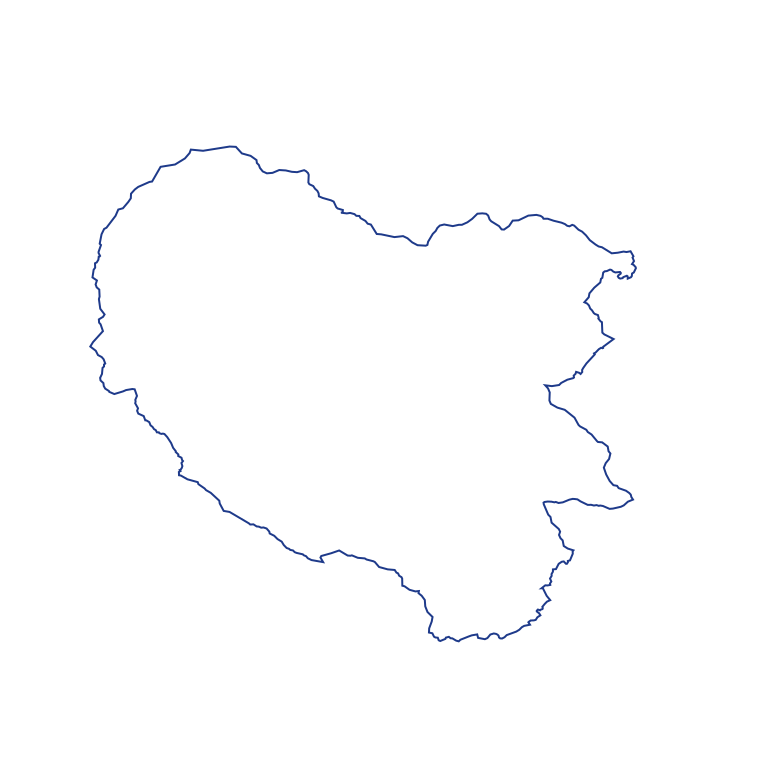 Sao Lourenco Dos Orgaos, São Salvador do Mundo, Cabo Verde, rotated 75°
{"feature_id": "66160863B72941798312267", "entity_name": "Sao Lourenco Dos Orgaos", "entity_type": "district", "adm_level": 2, "iso_a3": "CPV", "parent_name": "Cabo Verde", "parent_adm1": "São Salvador do Mundo", "projection": "equal_earth", "projection_center": [-23.584, 15.067], "detail": "fine", "context": "isolated", "style": "outline", "palette": "blue", "viewbox_px": 768, "rotation_deg": 75, "n_neighbors": 0, "source": "geoboundaries", "source_scale": "gbopen_adm2", "svg_char_len": 6165}
<svg xmlns="http://www.w3.org/2000/svg" viewBox="0 0 768 768"><g transform="rotate(75 384 384)"><path d="M345.3,121.3L344.8,117.8L343.9,116.7L341.5,115.8L340.9,113.8L337.3,110.7L336.2,110.7L333.5,112.1L332.4,113.4L330.0,110.7L326.2,111.2L325.2,110.0L319.6,111.5L319.3,115.6L318.1,118.3L317.7,124.2L316.7,130.2L308.3,138.1L306.7,141.1L304.0,143.6L298.3,148.0L292.7,150.4L288.1,153.2L285.3,156.2L280.2,159.3L279.0,161.0L279.7,164.0L278.6,166.1L276.4,167.8L274.1,170.8L270.2,177.9L266.8,183.0L265.6,187.2L264.0,187.6L262.1,189.3L260.1,193.0L258.7,201.0L260.7,211.7L259.5,217.4L263.8,222.3L265.9,228.1L265.1,230.4L261.3,232.0L254.6,238.3L252.4,239.4L248.2,239.8L246.0,241.3L244.6,244.9L243.7,249.7L247.3,256.1L249.4,261.6L250.4,267.6L249.6,270.4L249.3,276.7L245.5,284.6L245.4,289.1L247.1,292.1L249.6,294.5L251.6,298.0L258.0,304.6L260.9,306.1L261.2,307.9L258.6,315.7L254.5,320.1L249.3,323.6L246.1,327.3L244.8,335.9L238.7,348.0L237.2,352.2L226.6,355.4L224.9,358.3L221.7,359.7L217.7,363.7L215.3,364.3L214.4,367.2L212.3,368.5L210.0,372.4L209.6,375.8L207.4,381.2L207.3,379.4L205.3,378.7L202.5,383.3L201.0,384.3L194.8,385.4L192.9,387.6L188.4,395.1L185.9,398.3L182.9,397.8L180.2,398.4L177.5,400.1L174.5,401.1L171.7,404.4L169.8,404.9L162.5,402.6L160.6,402.8L158.3,404.2L156.8,405.8L156.9,413.1L155.2,418.1L152.3,423.6L150.2,429.8L151.2,437.0L150.2,442.6L147.3,446.1L143.2,447.9L140.1,448.2L137.6,449.6L134.7,449.2L129.1,453.8L124.5,461.6L116.6,465.7L114.7,471.6L111.9,498.4L107.6,509.9L110.6,512.0L114.6,517.9L117.9,529.0L116.4,543.6L128.4,555.6L128.1,558.2L130.0,570.4L131.6,574.3L134.7,579.1L139.1,580.5L142.0,583.9L146.7,590.7L146.7,595.5L152.1,599.8L161.2,611.6L161.8,614.2L166.3,618.1L174.9,622.3L176.5,621.4L182.5,625.5L183.5,625.8L186.8,625.1L187.3,625.9L187.2,626.6L190.0,627.7L192.2,630.0L192.6,631.9L196.9,632.9L198.5,634.9L205.6,638.0L209.7,634.5L213.2,636.8L216.3,636.5L219.1,634.6L226.0,636.1L228.2,637.4L237.9,638.6L244.5,635.9L246.4,638.0L247.8,642.7L251.0,643.3L253.0,642.3L260.2,641.8L268.2,654.2L271.8,658.0L277.3,653.8L282.0,652.8L284.9,649.7L287.6,648.4L292.1,648.0L292.7,649.4L294.6,649.9L295.6,651.7L301.3,653.8L304.6,656.6L307.2,656.9L310.5,654.8L313.5,655.2L316.3,654.5L319.6,651.5L320.5,651.4L323.9,647.1L323.6,638.0L323.1,634.7L323.7,628.4L324.6,626.2L331.6,625.7L334.9,628.3L336.7,628.5L338.2,629.3L343.8,627.9L346.0,629.4L349.0,629.0L352.8,624.4L357.3,624.0L357.6,623.0L360.1,620.6L363.5,620.2L365.5,618.7L368.1,617.8L369.5,616.4L371.9,615.9L372.4,614.0L373.4,613.7L374.6,611.9L374.7,610.4L375.5,609.0L379.2,607.1L385.9,604.9L391.1,604.2L395.1,602.5L395.8,602.8L398.8,600.9L400.3,601.4L402.8,598.7L405.2,598.7L406.4,598.1L407.9,600.1L411.1,600.0L412.7,601.0L414.0,602.5L414.2,603.6L415.4,603.1L415.9,604.9L419.1,605.6L419.8,604.0L425.2,598.5L430.6,589.3L432.7,589.2L438.5,584.3L440.4,583.4L444.3,579.5L454.1,573.3L456.9,573.6L465.1,571.7L467.6,566.3L483.6,550.6L485.1,549.6L485.8,546.4L488.6,543.9L489.4,541.8L491.0,539.8L491.4,537.5L493.2,534.8L496.9,533.0L498.8,533.1L502.2,529.3L506.2,527.0L509.8,523.6L513.6,522.5L517.2,520.5L518.7,518.3L520.0,517.5L521.2,515.0L523.3,513.8L524.5,512.2L527.5,506.5L528.6,505.9L530.2,503.8L532.6,502.7L535.3,499.6L540.3,488.9L535.2,490.3L533.9,489.1L533.8,478.9L533.2,470.4L540.3,463.5L541.2,460.8L541.2,459.4L545.1,454.3L547.5,447.7L549.0,446.3L552.5,440.1L553.6,438.9L559.5,436.1L564.0,428.4L566.4,421.8L569.4,420.8L570.6,419.4L573.1,419.0L575.1,417.1L576.6,416.8L583.6,418.5L584.7,416.5L589.4,412.6L592.5,407.3L593.0,403.9L595.0,404.8L598.3,402.4L603.2,400.5L609.5,401.7L615.5,401.0L621.6,397.4L625.8,399.4L631.7,403.6L635.7,404.9L637.3,401.8L641.0,401.1L642.1,400.0L643.0,397.7L645.7,397.5L646.8,396.2L646.1,390.7L645.0,389.9L645.0,386.8L646.8,385.5L647.4,383.8L650.6,380.7L651.9,378.4L650.8,376.4L649.8,367.7L649.5,364.3L650.0,358.8L653.6,358.8L656.6,352.6L656.2,349.9L653.5,346.1L653.4,342.5L654.4,340.4L655.5,339.2L656.7,338.5L658.6,338.5L659.8,337.6L660.4,335.8L659.8,333.1L658.3,330.5L657.4,320.3L656.4,316.9L654.6,313.8L653.9,311.2L654.3,305.3L651.5,306.2L651.1,305.5L650.4,303.5L651.1,300.4L651.1,298.5L649.0,296.2L647.9,292.8L645.6,293.5L643.2,295.3L642.5,295.1L641.7,293.7L643.0,291.9L642.6,291.4L642.4,289.2L641.5,288.6L640.2,288.7L638.0,285.6L636.4,282.9L635.8,279.4L630.7,281.7L622.4,283.4L622.1,284.7L620.2,280.3L620.9,278.2L621.1,275.4L619.6,275.3L618.1,273.5L614.9,274.0L612.7,271.7L611.0,271.4L609.0,269.4L606.8,268.8L607.3,265.8L602.9,261.8L601.7,258.3L601.9,256.3L604.7,254.8L605.0,253.9L603.8,252.5L602.5,252.2L602.5,250.0L596.8,245.6L594.5,245.1L593.7,244.1L590.5,249.1L587.0,252.3L581.3,251.9L578.7,253.4L575.1,254.0L572.2,252.1L569.3,252.7L561.3,258.0L555.5,257.6L552.7,259.2L541.6,260.8L539.9,260.6L539.5,259.5L539.9,256.3L541.0,252.8L542.4,250.0L542.4,248.6L544.1,246.2L544.6,241.9L543.7,234.9L543.8,231.5L544.4,229.7L545.5,227.0L548.2,224.6L553.5,218.5L554.3,215.2L555.7,212.7L556.0,210.0L557.3,208.0L557.3,206.7L558.5,204.1L563.0,198.4L563.6,195.0L563.9,187.0L563.3,183.8L560.8,178.9L560.1,173.4L557.3,174.3L554.7,174.3L552.8,175.3L549.7,177.9L545.3,184.3L542.7,185.2L541.1,188.6L536.1,191.1L528.9,192.8L521.7,193.3L517.8,190.3L514.7,186.0L509.7,183.3L507.1,184.5L502.3,184.1L496.8,188.4L495.4,192.3L494.4,193.0L486.5,196.6L483.1,199.6L480.6,200.4L475.7,205.6L473.9,206.7L465.8,208.7L455.7,216.1L451.7,222.6L446.4,228.0L442.8,228.5L435.0,226.1L430.7,226.7L427.0,228.6L429.5,222.4L430.3,215.1L428.8,212.5L427.3,205.8L427.3,199.8L426.9,198.8L425.0,198.6L423.7,196.3L422.0,195.3L423.7,192.6L425.2,191.5L423.7,189.4L421.7,189.0L420.0,187.3L416.5,183.1L410.0,172.8L408.8,173.2L408.4,171.5L406.0,167.5L405.2,164.9L406.0,163.7L405.9,163.0L404.8,162.7L400.0,150.6L393.1,158.4L390.9,159.8L380.7,157.5L379.5,158.6L376.3,160.0L375.8,159.5L372.8,159.5L371.0,162.1L369.8,163.0L366.7,164.0L364.5,165.3L361.2,165.7L358.8,167.0L356.9,169.3L353.2,163.8L349.6,162.1L345.4,156.0L341.9,148.8L338.6,147.2L337.9,145.6L333.1,143.4L332.3,141.7L332.6,139.5L332.0,136.1L332.7,134.8L334.8,133.4L336.1,131.7L336.9,127.0L338.1,126.5L338.8,127.0L339.7,129.5L340.6,130.3L342.2,129.8L343.3,128.6L343.5,126.1L342.7,125.2L342.3,121.4L343.1,120.8L345.3,121.3Z" fill="none" stroke="#1e3a8a" stroke-width="2"/></g></svg>